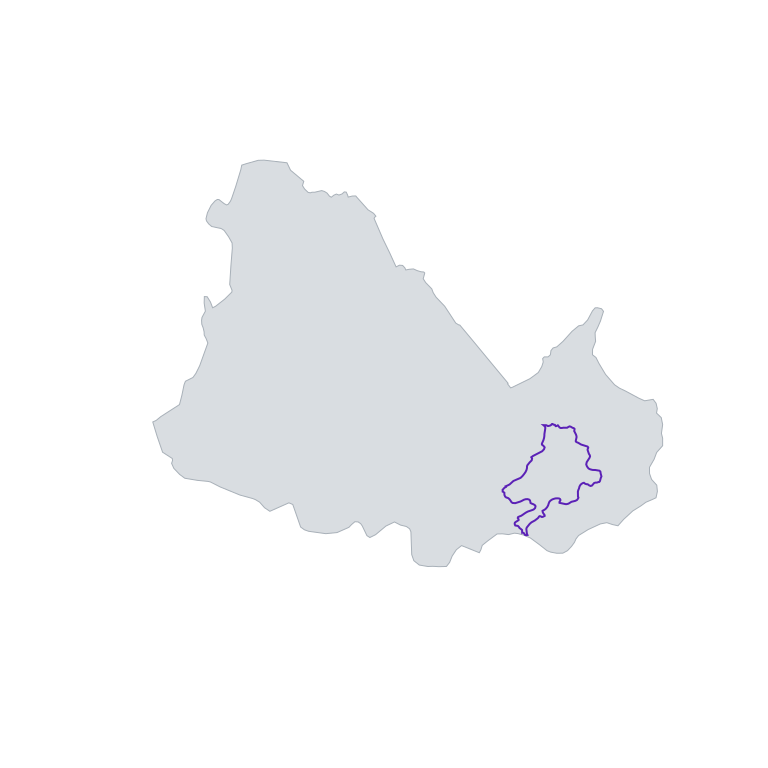 Burkina Faso, with Houet highlighted, rotated 231°
{"feature_id": "BFA-2799", "entity_name": "Houet", "entity_type": "Province", "adm_level": 1, "iso_a3": "BFA", "parent_name": "Burkina Faso", "parent_adm1": "", "projection": "natural_earth1", "projection_center": [-4.316, 11.385], "detail": "fine", "context": "in_parent", "style": "outline", "palette": "violet", "viewbox_px": 768, "rotation_deg": 231, "n_neighbors": 0, "source": "natural_earth", "source_scale": "10m", "svg_char_len": 6060}
<svg xmlns="http://www.w3.org/2000/svg" viewBox="0 0 768 768"><g transform="rotate(231 384 384)"><path d="M546.3,480.4L529.4,481.2L523.2,483.3L519.5,483.3L519.4,481.5L518.9,480.5L497.6,474.5L482.6,471.0L467.4,467.1L466.6,470.8L464.4,473.1L461.1,473.3L458.9,472.7L457.4,475.6L454.9,479.3L451.3,481.1L447.9,483.4L446.0,485.4L444.6,485.5L441.1,480.7L436.5,480.2L427.9,481.0L424.0,479.7L418.7,479.1L406.2,480.1L386.2,478.1L383.0,479.2L382.1,480.0L362.3,480.3L340.6,480.5L322.4,480.7L306.5,480.9L306.4,480.1L301.3,480.0L300.7,481.6L296.3,500.7L295.8,511.1L298.2,517.5L300.9,521.6L303.9,523.3L304.2,525.6L301.8,528.6L302.0,531.7L304.9,534.8L305.6,538.1L304.1,541.6L304.5,550.0L306.6,563.3L306.7,571.9L304.7,575.8L305.6,582.5L309.6,592.0L310.3,596.0L308.9,597.9L305.6,600.4L302.3,600.3L298.5,594.5L296.8,592.0L293.7,586.1L291.0,580.3L287.5,577.7L284.0,575.3L279.7,567.9L275.5,564.4L271.2,565.4L264.8,564.0L252.0,562.2L238.3,562.7L232.5,564.4L226.9,567.1L212.6,573.1L206.9,576.0L202.7,583.5L197.8,583.3L192.9,580.9L189.9,577.5L183.4,578.3L177.1,575.0L171.0,568.5L166.5,566.4L160.7,561.7L159.2,552.8L155.5,546.5L152.2,537.9L147.3,534.0L141.5,531.9L133.7,532.3L128.5,528.9L124.4,523.8L125.5,519.4L127.3,513.1L127.6,507.1L128.8,497.4L128.0,485.1L126.6,476.6L131.0,473.1L136.0,469.9L139.1,464.1L142.4,451.1L143.8,439.9L142.8,435.7L141.1,432.4L139.8,427.6L139.0,421.7L140.0,416.5L143.8,411.7L148.5,407.7L151.9,405.8L160.9,403.8L172.1,400.9L178.6,397.5L183.3,394.1L186.0,391.5L188.6,386.0L193.0,381.8L196.3,377.5L196.8,365.6L196.8,358.8L194.3,355.1L192.9,351.9L209.6,342.6L209.7,336.0L207.4,328.7L204.1,322.8L202.9,317.7L207.5,311.7L211.6,307.2L214.5,303.3L221.1,297.5L227.9,296.0L234.0,298.2L252.2,311.9L255.4,312.8L259.2,311.7L263.9,308.1L270.2,305.3L272.4,296.1L272.2,282.6L273.6,276.4L276.9,275.3L287.4,277.8L290.1,278.0L293.1,277.1L295.3,274.7L295.2,270.4L294.7,266.5L298.1,254.0L304.3,244.6L316.9,232.8L320.8,230.4L325.3,229.2L347.8,237.3L351.5,235.3L356.9,215.2L363.0,213.3L370.4,213.0L375.1,211.3L377.6,209.9L388.3,202.2L407.1,191.9L417.2,187.4L419.2,185.8L426.5,178.4L436.1,169.9L442.2,168.3L450.7,167.6L456.0,169.0L457.5,171.4L459.3,172.6L470.3,169.0L486.2,174.8L500.0,180.4L499.1,183.9L499.1,190.2L498.0,200.2L496.7,212.1L502.4,219.8L509.2,228.1L511.1,231.4L509.3,239.6L510.6,244.4L514.2,252.3L520.4,262.5L526.7,272.9L531.1,274.3L535.2,275.1L537.7,277.0L541.4,278.8L545.1,280.0L548.3,282.3L550.3,284.5L553.0,291.0L560.1,295.2L565.0,299.4L563.1,301.5L556.9,300.7L551.1,298.8L550.4,301.9L550.2,313.7L551.2,323.6L552.5,324.9L558.4,326.7L572.3,339.5L585.0,351.6L589.2,354.7L596.2,355.9L604.0,356.4L607.3,355.3L614.8,349.2L618.8,348.5L622.5,348.7L624.5,349.7L628.2,354.6L631.6,362.1L632.6,367.7L632.3,370.6L631.2,371.8L625.0,373.2L622.3,374.3L621.7,375.9L622.7,379.7L623.9,382.1L630.7,392.9L640.6,407.5L643.6,411.2L641.9,415.6L637.0,427.0L633.4,431.7L617.0,447.8L608.9,445.9L592.0,449.2L589.5,445.5L585.6,445.0L580.7,445.6L578.9,447.1L578.4,448.6L576.6,450.9L573.5,457.3L571.1,458.9L568.1,459.9L564.4,459.8L562.3,460.6L562.3,463.8L561.6,466.5L559.2,467.9L558.1,471.0L558.3,474.0L556.9,475.4L553.7,474.6L551.8,473.8L550.0,477.7L547.9,480.4L546.3,480.4Z" fill="#d9dde1" stroke="#a8b0b8" stroke-width="1"/><path d="M179.6,398.8L180.3,398.8L181.6,398.0L181.6,397.9L182.1,398.2L182.6,398.7L183.7,399.4L185.3,399.1L186.9,398.7L188.2,398.9L189.5,398.7L191.4,397.0L192.4,397.2L193.3,397.7L193.9,398.5L193.9,399.8L193.6,401.7L193.6,403.1L194.4,403.5L195.7,403.6L196.2,404.5L195.8,406.0L195.3,407.5L195.1,409.1L195.0,410.8L194.8,413.2L194.4,415.4L192.6,420.3L192.3,421.6L192.5,423.4L193.7,424.9L195.0,425.0L196.1,424.6L197.2,424.1L198.1,423.5L199.3,423.0L201.6,424.2L202.9,424.0L204.2,423.1L205.3,421.6L206.0,419.9L206.5,417.3L206.8,416.1L208.8,411.0L210.6,409.1L211.9,408.7L213.5,408.9L215.2,409.0L216.9,408.8L217.9,408.3L218.8,407.6L220.2,407.3L221.8,407.7L222.9,408.4L223.7,409.1L224.7,408.9L225.7,408.5L226.0,408.9L226.6,409.2L227.1,409.5L227.5,411.8L227.5,412.8L227.2,414.1L227.5,414.8L227.8,414.7L227.4,416.1L226.9,418.4L227.2,423.6L225.1,431.1L225.3,433.6L225.8,436.0L226.5,438.5L227.5,440.6L228.7,442.2L230.0,443.3L230.6,444.2L231.4,447.8L231.7,450.7L232.9,452.2L234.4,452.4L234.3,454.5L232.2,464.6L232.6,467.3L233.7,469.0L235.6,469.0L237.5,468.6L237.8,468.8L238.3,469.2L240.0,472.5L241.4,474.5L242.8,476.0L244.1,477.1L248.0,481.4L249.1,482.2L250.6,482.2L251.7,482.0L249.8,484.2L249.2,484.5L248.9,484.6L248.5,484.7L247.9,485.3L247.1,487.1L247.0,488.2L247.2,489.3L246.8,489.9L245.8,490.1L244.7,491.1L243.9,490.9L243.2,490.9L242.8,491.5L242.5,493.1L239.7,493.1L238.6,493.6L237.8,494.7L237.0,496.1L234.8,498.7L234.6,500.2L234.3,501.5L233.4,502.2L231.2,503.0L230.3,503.7L229.1,503.8L227.7,502.2L223.9,501.4L222.4,500.8L221.5,500.2L220.7,499.2L219.1,497.2L218.6,496.9L217.8,497.0L215.9,498.0L213.1,499.0L211.5,500.0L210.8,500.5L207.3,502.8L206.2,502.8L205.6,502.1L205.2,501.2L204.6,500.7L200.8,499.3L199.1,499.1L198.1,498.6L197.3,497.3L195.7,492.4L194.3,490.6L192.7,490.0L191.2,489.8L189.6,489.8L188.0,490.5L186.1,491.9L184.9,493.2L184.4,493.9L181.0,496.9L179.7,497.0L178.2,496.1L176.4,495.3L175.3,494.8L174.6,493.4L172.7,490.8L172.4,489.7L172.7,489.4L173.4,487.4L174.4,486.1L174.8,484.9L174.5,483.4L174.2,481.7L174.7,480.4L176.2,479.6L177.9,479.2L178.8,478.2L180.0,477.5L181.4,477.2L181.8,476.4L182.0,475.4L182.1,474.3L181.9,472.9L181.3,471.4L180.1,469.8L179.2,468.1L178.4,467.0L174.3,463.8L173.5,463.7L173.1,463.2L172.7,462.2L172.4,460.9L172.8,459.1L174.5,455.5L174.7,453.8L174.9,452.1L175.7,450.3L176.5,449.4L181.2,445.6L181.9,446.1L182.6,447.9L183.2,448.3L183.9,448.4L184.9,448.0L186.2,446.6L187.2,445.2L187.7,444.1L188.4,442.2L188.6,440.0L188.4,438.5L187.5,436.8L186.4,435.2L185.6,433.2L185.2,430.9L185.3,429.5L185.7,427.4L184.8,426.8L183.2,426.4L181.4,426.4L180.4,425.9L180.6,424.7L180.9,423.6L181.5,422.8L182.6,422.5L183.4,421.7L183.4,420.8L183.0,420.0L182.9,418.7L183.0,415.3L183.7,411.5L183.6,409.2L182.6,404.6L181.8,403.4L178.5,401.3L177.4,400.7L176.4,400.5L176.9,399.5L177.6,398.8L178.3,398.6L179.6,398.8Z" fill="none" stroke="#5b21b6" stroke-width="2"/></g></svg>